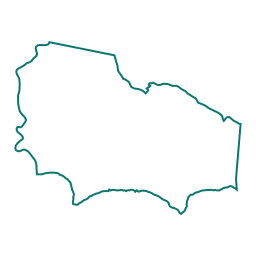 outline of Saphire, Laborie, Saint Lucia
{"feature_id": "8701671B62248544319556", "entity_name": "Saphire", "entity_type": "district", "adm_level": 2, "iso_a3": "LCA", "parent_name": "Saint Lucia", "parent_adm1": "Laborie", "projection": "orthographic", "projection_center": [-61.013, 13.757], "detail": "fine", "context": "isolated", "style": "outline", "palette": "teal", "viewbox_px": 256, "rotation_deg": 0, "n_neighbors": 0, "source": "geoboundaries", "source_scale": "gbopen_adm2", "svg_char_len": 5770}
<svg xmlns="http://www.w3.org/2000/svg" viewBox="0 0 256 256"><path d="M240.6,124.0L238.7,123.6L236.6,122.2L233.8,120.8L232.1,119.4L231.6,118.9L230.4,118.0L229.8,117.3L229.2,117.0L227.4,117.2L226.9,117.4L225.8,118.4L225.2,119.1L224.5,120.2L223.8,120.9L223.3,120.0L222.8,119.0L222.6,117.8L222.0,115.8L221.7,115.3L221.4,115.1L220.8,114.6L217.7,112.5L216.5,111.9L213.9,110.7L212.2,109.8L210.1,108.9L208.3,107.8L207.2,107.0L204.6,105.3L202.3,104.3L198.1,102.6L196.0,98.6L192.7,96.7L191.2,95.7L190.1,94.9L188.2,93.9L187.4,93.4L186.7,92.7L186.2,91.9L185.4,91.2L182.9,89.9L182.5,89.6L180.9,88.7L178.7,86.9L178.0,86.5L176.3,85.8L175.7,85.8L174.4,85.9L173.2,85.9L172.7,86.0L171.6,85.3L170.3,85.1L169.4,84.5L167.5,84.0L164.8,83.8L163.2,83.8L161.0,84.6L160.0,84.9L158.9,85.0L157.6,84.9L155.7,84.0L154.1,83.1L153.2,82.6L152.2,83.2L150.9,83.4L150.1,83.1L149.3,83.5L148.8,84.4L149.2,85.3L150.2,86.0L149.0,87.1L147.6,87.7L146.7,88.6L147.8,89.3L148.2,89.9L148.2,90.5L147.1,91.6L145.8,93.3L142.7,90.7L141.2,90.0L138.7,89.1L135.1,88.6L134.2,88.4L132.6,87.6L131.4,87.1L129.7,83.6L129.0,82.1L127.2,80.7L125.6,79.8L125.0,79.3L123.4,78.9L121.6,75.9L118.1,70.9L117.3,65.1L116.0,61.2L115.5,59.1L114.4,55.3L49.4,42.2L49.2,42.8L48.5,43.9L47.8,44.5L47.2,44.7L46.4,45.0L45.1,45.1L43.1,45.1L39.6,45.0L38.9,45.1L38.2,45.2L37.4,45.7L36.2,46.6L35.9,47.3L35.8,47.9L35.7,48.5L36.3,51.1L36.8,52.3L36.9,52.7L37.0,53.7L36.9,54.5L36.8,55.0L36.4,55.7L36.2,56.0L35.4,56.9L34.3,57.7L33.4,58.5L32.7,59.5L31.7,60.8L31.1,61.3L30.6,61.6L28.7,62.5L27.8,62.8L27.4,62.8L27.0,63.0L26.3,63.5L25.0,64.7L23.9,65.5L22.0,66.6L21.5,66.8L20.2,67.6L18.6,68.4L17.8,68.9L17.1,69.6L16.8,70.0L16.6,70.4L16.4,70.8L16.4,71.7L16.4,72.3L16.8,73.8L17.2,74.9L17.9,75.8L18.1,76.3L19.2,78.7L19.4,80.0L19.5,81.3L19.6,82.6L19.7,83.9L19.7,84.8L19.5,87.2L19.5,89.7L19.4,90.4L18.9,92.7L18.2,94.8L18.0,95.8L18.1,99.6L18.1,100.6L18.1,102.4L18.2,103.4L18.4,104.2L18.5,105.7L19.4,109.8L19.6,110.6L19.7,111.0L20.8,112.8L21.7,113.8L22.5,115.0L23.4,115.6L23.7,116.0L25.2,118.0L25.8,119.2L25.9,120.5L25.4,121.9L25.0,122.3L24.5,122.8L23.1,125.0L22.0,126.4L21.0,127.1L20.1,127.3L18.8,127.0L18.0,127.0L17.3,127.3L16.8,128.1L16.6,129.5L16.9,130.7L18.0,132.4L19.3,133.3L20.8,134.6L22.2,136.0L22.8,137.1L22.9,138.4L22.5,139.2L19.8,141.0L17.7,143.0L16.3,144.9L15.7,145.9L15.4,147.5L15.4,148.9L15.8,149.9L16.9,150.7L18.4,151.2L19.6,151.3L21.2,150.6L22.4,149.9L23.6,149.6L25.1,149.8L26.7,150.6L28.0,151.4L29.2,152.7L30.9,154.8L31.7,156.0L34.4,159.5L35.1,160.5L36.0,162.7L36.5,166.1L36.5,168.2L36.9,173.4L36.8,174.0L36.9,174.3L38.6,174.3L40.0,174.3L41.5,174.3L42.7,174.1L43.6,173.7L45.8,173.2L47.0,172.9L49.1,172.8L49.8,172.7L50.8,172.6L51.7,172.7L54.4,172.7L57.2,173.1L58.1,173.4L58.6,173.7L59.5,174.6L60.0,174.8L60.6,174.8L62.9,175.9L63.5,176.3L64.4,177.0L65.3,177.9L65.8,178.4L67.5,179.2L67.9,179.7L68.7,180.7L69.0,181.0L69.5,181.4L70.1,182.1L70.3,182.4L70.7,183.2L70.7,184.0L71.3,186.0L71.5,186.9L72.0,188.8L72.1,189.5L72.5,190.6L72.9,191.3L73.4,192.7L73.7,193.4L73.8,193.8L73.8,195.0L73.8,195.6L73.6,196.1L73.4,196.4L73.3,196.6L73.2,197.2L73.3,198.0L73.4,198.6L73.4,199.2L73.3,199.8L73.1,200.7L72.8,202.5L72.9,203.2L73.0,203.7L73.3,204.1L73.9,204.3L77.3,204.8L77.8,204.6L78.2,204.4L78.4,203.9L78.6,203.7L78.8,203.6L79.8,203.0L80.3,202.7L80.6,202.6L81.0,202.4L83.0,200.9L84.1,200.1L84.3,200.0L84.8,199.9L85.8,199.5L87.1,198.8L88.2,198.0L88.8,197.4L89.1,196.9L89.9,196.3L90.2,196.2L91.3,196.0L93.5,194.8L94.9,194.1L97.1,193.4L97.9,193.3L99.9,192.6L100.1,192.4L100.7,192.0L101.5,191.6L102.1,191.4L102.9,191.3L103.7,191.2L104.8,191.1L106.1,191.0L106.6,191.1L108.0,191.1L108.4,191.1L108.7,190.9L109.0,190.3L109.2,189.5L109.4,189.5L109.6,189.6L109.8,189.9L110.0,190.1L110.3,190.3L110.7,190.5L111.0,190.4L112.0,189.9L114.2,190.0L117.3,190.4L120.3,190.2L121.4,189.9L121.6,189.9L121.9,190.0L122.8,190.3L123.3,190.6L123.7,190.6L124.3,190.4L124.6,190.3L125.0,190.4L125.4,190.6L125.9,191.1L126.3,191.1L126.7,190.6L126.8,190.5L128.4,190.2L128.7,190.2L129.3,190.4L129.8,190.3L130.4,189.9L130.9,189.8L131.5,189.8L132.1,189.8L132.8,189.9L133.8,190.3L134.4,190.7L134.9,191.0L135.0,191.7L135.3,191.8L135.4,191.7L135.8,191.4L136.2,190.5L136.4,190.3L136.8,190.3L137.0,190.4L137.9,191.2L138.5,191.6L138.8,191.7L139.8,191.4L140.4,191.0L140.8,190.9L141.9,190.7L142.5,190.7L143.3,190.6L143.8,190.7L145.9,190.9L147.0,191.3L147.4,191.5L148.1,191.9L150.2,192.4L151.8,193.2L153.0,194.0L154.1,194.6L155.4,195.0L155.9,195.2L156.8,195.5L158.5,196.3L159.3,196.8L162.0,198.9L163.0,199.5L164.9,200.3L166.9,201.2L167.7,201.9L168.4,202.6L168.7,203.3L169.2,205.0L169.6,205.7L170.0,206.4L170.4,206.7L170.9,206.8L171.3,207.2L171.7,207.4L172.3,207.6L173.7,207.9L174.0,208.0L176.0,208.9L177.4,209.7L178.0,210.2L178.5,210.8L178.9,211.6L179.1,212.1L179.6,212.9L180.0,213.2L180.6,213.7L181.1,213.8L181.5,213.7L181.8,213.1L182.4,212.5L183.1,212.3L183.3,212.0L183.7,211.6L184.2,211.4L184.7,210.7L184.9,210.5L185.0,210.2L185.3,209.0L185.5,208.7L186.7,206.6L186.8,205.7L186.6,204.8L186.6,204.0L186.6,203.5L186.8,202.4L187.1,200.8L187.4,200.2L187.9,199.1L188.2,197.5L188.3,197.2L188.6,197.0L189.1,196.6L189.3,196.1L189.6,195.6L190.9,194.7L191.8,194.7L192.2,194.7L192.5,194.7L193.5,194.0L194.3,193.4L196.0,192.5L196.6,192.3L197.5,192.3L201.3,190.8L202.0,190.6L203.0,190.4L203.6,190.4L206.1,190.1L207.3,190.1L207.5,190.0L208.4,190.0L209.7,189.9L211.4,189.9L211.9,190.0L213.9,190.3L214.2,190.3L214.8,189.9L215.3,190.0L217.1,190.4L218.7,190.4L219.1,190.4L219.9,190.1L220.3,189.7L220.6,189.5L221.0,189.4L221.5,189.4L221.9,189.3L222.3,188.7L222.9,188.4L224.6,187.7L227.6,187.3L229.0,186.6L229.3,186.3L230.2,186.1L230.8,186.1L231.3,186.2L231.8,186.4L232.5,186.8L233.2,187.3L233.7,187.6L234.8,188.0L235.8,188.9L236.2,189.1L236.8,189.6L236.0,178.7L240.6,124.0Z" fill="none" stroke="#0f766e" stroke-width="2"/></svg>